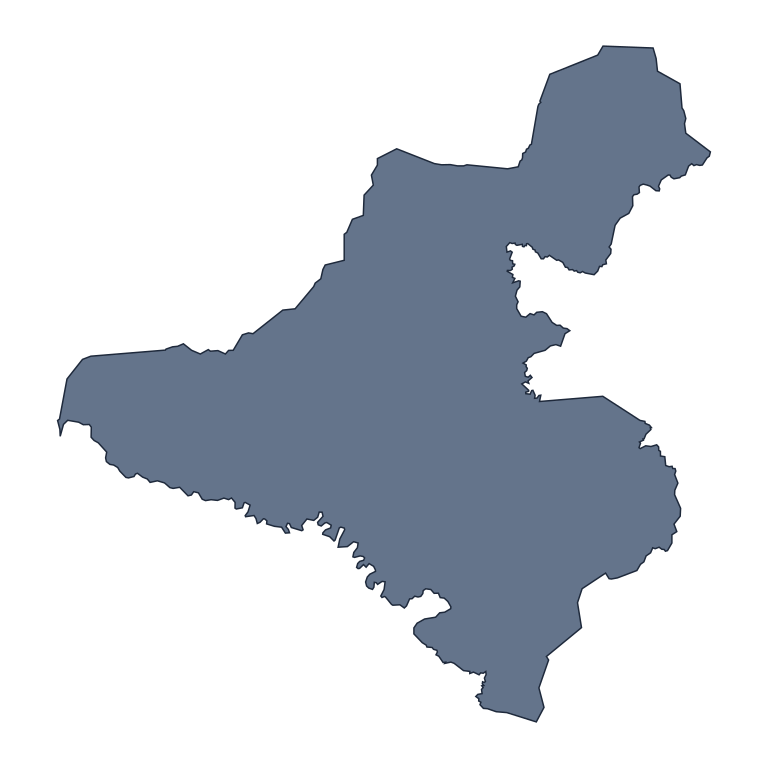 the district of Acatepec, Guerrero, Mexico
{"feature_id": "50627088B65715606255874", "entity_name": "Acatepec", "entity_type": "district", "adm_level": 2, "iso_a3": "MEX", "parent_name": "Mexico", "parent_adm1": "Guerrero", "projection": "orthographic", "projection_center": [-98.971, 17.177], "detail": "fine", "context": "isolated", "style": "filled", "palette": "slate", "viewbox_px": 768, "rotation_deg": 0, "n_neighbors": 0, "source": "geoboundaries", "source_scale": "gbopen_adm2", "svg_char_len": 6109}
<svg xmlns="http://www.w3.org/2000/svg" viewBox="0 0 768 768"><path d="M377.4,158.6L377.4,165.1L371.4,175.1L373.3,185.1L364.1,195.1L363.3,215.4L352.4,219.3L346.8,232.3L344.2,234.3L344.2,260.3L325.2,265.0L322.9,269.5L320.8,278.8L315.2,283.1L313.7,286.6L295.1,308.8L282.8,310.1L253.0,333.7L248.5,332.9L242.4,334.8L233.2,350.3L228.6,350.4L225.4,354.0L217.9,350.6L210.4,351.2L208.3,349.6L200.3,354.0L191.6,350.3L183.4,343.8L177.6,346.3L172.6,346.8L166.0,349.1L165.4,350.1L90.8,356.2L82.5,359.4L67.0,379.0L59.5,419.1L57.6,420.5L59.9,429.5L60.2,436.3L63.5,424.4L67.7,420.3L78.7,422.2L83.3,424.7L89.3,424.5L91.3,427.2L91.1,437.2L94.1,440.5L98.3,442.8L106.7,452.1L105.6,457.9L106.4,461.6L109.9,464.4L113.6,465.0L117.7,467.5L119.8,471.1L125.9,477.4L128.5,477.9L134.0,476.5L135.5,474.0L137.5,473.3L142.6,477.1L147.3,479.0L150.1,482.4L157.4,480.8L164.5,482.9L169.9,487.6L173.1,488.4L179.7,487.3L188.0,495.8L191.4,495.0L193.7,491.7L198.4,492.8L202.2,499.2L205.5,500.6L211.1,499.7L217.5,500.4L223.9,498.1L228.6,499.6L231.5,498.0L235.1,502.4L235.0,508.1L236.3,509.0L242.4,507.8L244.1,502.8L245.2,502.4L250.1,505.1L248.0,511.9L245.2,515.6L245.6,516.7L254.0,515.5L256.0,518.6L257.3,523.5L260.0,522.3L263.4,518.8L264.6,518.9L266.9,520.8L266.6,523.9L274.4,526.3L281.6,527.2L285.4,533.1L289.5,532.8L288.4,529.5L286.0,526.6L287.5,523.3L289.5,523.6L291.3,527.5L301.8,530.7L303.1,529.8L301.7,525.5L306.9,519.0L313.8,520.4L317.7,517.2L319.2,512.1L322.1,512.2L323.0,516.3L317.6,522.3L318.2,524.8L321.2,526.0L324.8,523.0L326.8,522.5L331.2,525.2L330.6,527.9L325.5,529.9L322.9,532.8L322.7,534.3L329.7,536.7L334.0,541.0L335.1,540.1L339.3,527.9L340.8,527.1L344.3,528.1L344.7,529.7L339.8,539.0L338.1,547.2L347.4,546.6L353.6,541.7L358.1,543.0L357.4,547.7L353.8,552.4L352.9,556.8L354.5,557.4L360.2,555.9L363.2,556.5L364.6,557.9L363.6,560.3L359.7,561.4L357.7,563.5L356.6,567.4L358.1,568.6L359.6,568.4L363.5,564.6L366.1,567.2L369.1,563.6L373.6,566.3L375.4,569.9L375.5,571.4L369.8,574.2L367.3,577.0L365.6,582.0L366.6,586.0L368.8,588.1L372.5,589.4L373.9,587.2L374.3,582.3L376.3,582.7L377.6,584.4L382.1,581.4L385.1,581.8L384.1,589.5L380.8,596.0L382.0,597.5L384.4,596.5L385.5,597.0L391.5,604.4L392.8,605.2L399.9,604.8L404.3,608.0L406.5,605.9L409.6,598.9L412.1,598.7L414.7,596.2L418.0,597.0L420.8,596.4L422.8,593.6L423.2,590.6L425.7,588.8L430.8,589.5L434.1,593.3L438.4,593.2L440.2,597.6L444.2,598.1L447.9,601.5L450.9,606.8L450.7,608.7L444.7,612.2L439.7,612.8L435.6,617.2L424.6,619.0L417.1,623.2L413.9,627.9L413.9,633.9L422.3,642.7L426.2,645.1L426.9,647.0L432.2,647.5L433.5,649.3L436.9,650.3L437.4,652.0L436.0,654.8L438.8,656.2L443.1,662.5L445.5,662.2L444.8,663.4L450.9,662.1L454.1,663.3L463.5,670.6L469.8,671.4L469.8,673.5L473.5,672.1L479.1,674.8L480.6,672.9L483.3,673.2L485.8,671.5L486.1,674.6L484.4,678.1L485.4,681.6L484.2,682.4L482.6,681.8L482.3,683.8L483.8,685.5L481.8,685.8L483.1,687.6L481.5,689.4L482.1,693.6L477.8,694.4L475.8,696.5L478.8,698.7L478.7,701.0L480.9,702.2L480.0,704.7L483.4,708.4L487.5,708.7L496.2,711.7L506.8,712.6L536.3,721.9L544.0,707.4L538.9,687.9L548.6,660.0L546.4,656.5L581.5,627.6L577.5,602.7L582.1,588.7L605.6,573.1L609.1,578.7L611.4,579.0L617.4,577.9L636.9,570.5L640.5,564.3L643.9,561.8L646.1,555.9L650.6,552.8L652.7,547.8L655.2,548.7L659.1,547.2L661.7,549.2L664.2,549.5L665.4,551.2L667.5,550.6L671.9,543.0L671.9,534.8L676.8,531.6L674.0,524.1L680.2,516.2L680.6,508.3L674.6,494.7L674.8,490.3L677.9,483.1L674.6,474.5L675.8,471.1L675.1,468.6L672.7,468.5L672.1,466.3L669.1,466.7L665.7,465.5L664.8,456.7L660.5,456.0L660.4,451.3L658.8,450.4L658.6,446.9L656.7,444.8L651.0,446.5L645.7,445.8L640.2,448.6L639.0,447.7L640.5,443.2L639.4,442.0L643.4,440.2L642.9,439.0L644.1,438.8L645.9,434.3L650.9,429.5L650.3,427.8L651.4,427.6L649.4,425.1L645.2,423.4L644.9,421.4L640.0,420.4L602.8,396.3L539.5,401.5L540.8,395.2L538.9,395.5L537.0,398.1L534.6,398.3L535.1,395.2L532.9,390.3L531.7,390.6L530.1,394.2L525.8,393.7L525.7,392.2L528.6,391.3L528.7,390.3L521.8,383.9L525.4,381.9L528.8,383.3L528.0,381.0L532.0,377.5L530.3,375.3L528.2,377.2L525.3,376.3L524.6,372.5L526.7,370.6L527.3,368.3L526.1,366.7L526.2,364.9L523.0,363.1L526.4,361.1L528.2,357.7L530.9,356.7L534.1,353.4L545.1,350.3L550.4,345.9L555.9,344.6L560.6,346.2L565.0,333.7L569.8,330.7L567.0,328.6L563.3,328.1L560.1,325.2L556.7,325.4L552.1,322.4L546.5,313.7L542.4,311.7L536.7,312.3L534.0,314.9L530.1,313.6L525.8,317.2L521.1,316.2L516.7,308.6L516.7,304.8L518.1,301.8L515.4,296.2L517.0,290.2L519.8,286.9L520.2,281.2L518.7,280.8L512.7,282.8L514.9,278.4L512.4,277.4L512.9,274.5L507.2,271.3L507.4,270.4L510.5,270.5L512.3,269.2L512.0,267.2L514.2,265.9L514.8,264.3L512.7,263.8L512.5,260.7L510.4,260.4L509.6,259.0L512.2,252.2L510.5,250.9L507.0,252.1L506.3,246.5L509.8,242.6L512.1,243.5L515.1,243.1L515.4,244.5L516.9,245.3L522.3,244.3L522.5,246.4L524.0,246.8L525.1,245.4L526.4,245.6L526.6,243.7L527.8,243.6L532.3,247.3L532.8,249.1L535.1,250.1L535.4,251.8L537.8,253.0L541.2,258.8L543.5,258.8L545.1,256.6L547.3,257.0L549.4,255.3L556.7,260.3L558.5,259.9L562.8,262.4L565.4,267.2L567.6,267.5L569.1,269.9L572.6,269.6L574.2,271.1L576.6,270.6L577.7,272.2L580.2,272.8L582.6,271.5L585.2,273.0L594.1,274.7L597.7,271.1L599.5,266.4L601.9,266.6L602.8,264.7L606.4,263.8L605.8,260.0L610.7,253.5L611.0,249.2L609.1,247.0L611.2,244.0L615.1,225.3L620.2,218.1L628.8,213.4L632.8,205.7L632.5,196.6L634.0,194.7L637.1,194.2L639.4,192.6L639.0,187.0L640.1,185.4L643.2,184.1L646.8,185.0L650.0,186.1L655.9,190.7L659.2,190.9L659.7,188.9L658.5,186.2L661.3,179.9L668.2,175.0L670.0,175.1L671.2,177.2L673.9,178.8L679.7,177.7L681.3,176.1L685.3,174.9L688.6,166.1L691.7,163.7L693.9,165.6L696.5,164.6L699.7,165.4L702.4,165.0L707.0,157.9L709.3,156.2L710.4,151.9L685.8,133.2L684.5,123.6L685.8,118.5L683.8,110.8L682.0,107.9L680.0,83.8L657.5,71.2L656.1,58.4L653.1,48.0L603.0,46.1L597.7,55.1L549.8,74.3L539.9,101.1L540.8,102.3L538.8,104.2L537.9,106.6L531.4,144.3L529.9,145.0L528.3,148.3L526.5,149.2L525.6,152.0L522.7,153.5L522.5,157.8L521.8,159.9L520.1,161.1L518.2,166.8L507.6,168.8L466.9,164.8L463.6,165.9L457.6,165.9L450.2,164.6L441.7,164.8L434.4,163.6L396.7,148.8L377.4,158.6Z" fill="#64748b" stroke="#1e293b" stroke-width="1.5"/></svg>